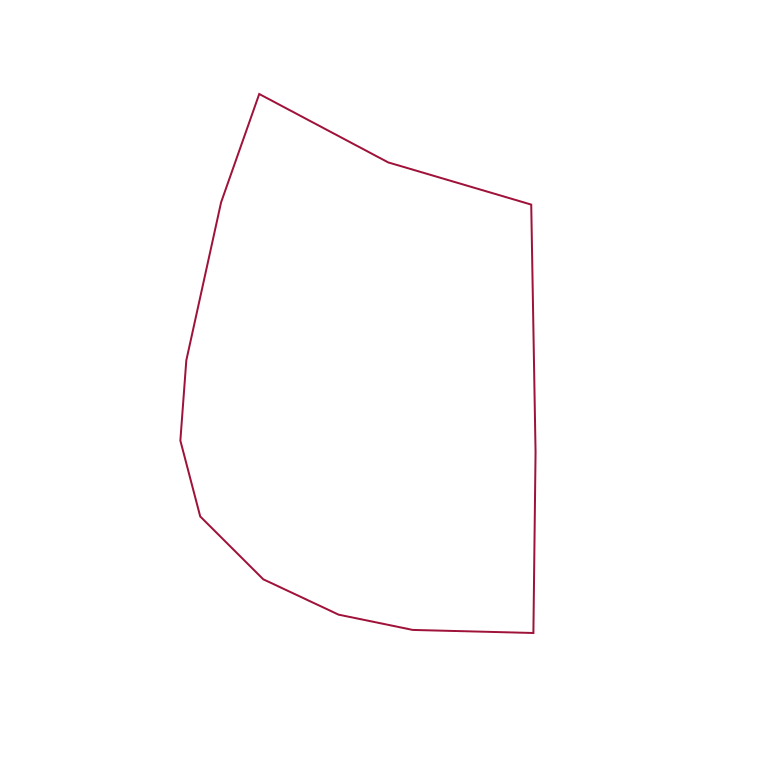 an SVG outline of Mosteiros, rotated 211°
{"feature_id": "CPV-5043", "entity_name": "Mosteiros", "entity_type": "state/province", "adm_level": 1, "iso_a3": "CPV", "parent_name": "Cabo Verde", "parent_adm1": "", "projection": "robinson", "projection_center": [-24.364, 14.995], "detail": "fine", "context": "isolated", "style": "outline", "palette": "rose", "viewbox_px": 768, "rotation_deg": 211, "n_neighbors": 0, "source": "natural_earth", "source_scale": "10m", "svg_char_len": 322}
<svg xmlns="http://www.w3.org/2000/svg" viewBox="0 0 768 768"><g transform="rotate(211 384 384)"><path d="M127.7,247.5L232.7,188.0L304.1,162.9L386.9,154.4L473.3,175.8L529.4,230.6L565.6,302.4L617.2,455.8L640.3,568.3L494.5,576.1L350.2,613.6L218.9,403.5L127.7,247.5Z" fill="none" stroke="#9f1239" stroke-width="2"/></g></svg>